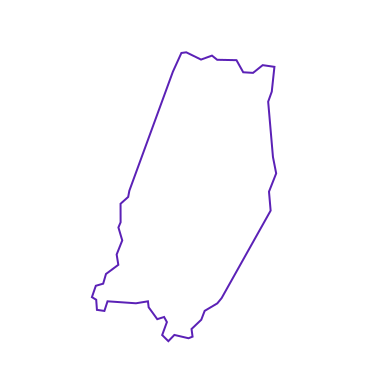 outline of Madison, Texas, United States of America, rotated 120°
{"feature_id": "52423323B16147855559492", "entity_name": "Madison", "entity_type": "district", "adm_level": 2, "iso_a3": "USA", "parent_name": "United States of America", "parent_adm1": "Texas", "projection": "natural_earth1", "projection_center": [-95.854, 30.959], "detail": "fine", "context": "isolated", "style": "outline", "palette": "violet", "viewbox_px": 384, "rotation_deg": 120, "n_neighbors": 0, "source": "geoboundaries", "source_scale": "gbopen_adm2", "svg_char_len": 753}
<svg xmlns="http://www.w3.org/2000/svg" viewBox="0 0 384 384"><g transform="rotate(120 192 192)"><path d="M269.1,113.3L168.8,114.6L153.2,125.5L133.8,128.4L121.2,139.4L75.7,171.2L65.2,173.1L42.4,183.2L46.8,194.2L58.3,198.7L62.7,207.5L55.6,219.4L64.9,236.3L63.9,242.9L72.8,250.4L73.9,266.8L76.9,270.7L97.4,268.7L222.2,246.9L228.2,244.8L237.9,248.0L253.9,238.7L259.5,238.0L268.8,228.2L283.8,226.0L291.9,219.4L306.0,225.5L315.8,223.1L321.3,228.4L333.1,226.1L333.2,221.1L341.6,215.4L338.8,208.4L328.9,210.5L316.4,184.9L308.7,175.5L313.5,171.9L319.5,158.5L314.2,153.7L317.2,148.7L330.8,146.3L333.0,137.9L324.6,135.8L320.4,121.9L317.0,119.2L310.9,123.9L298.0,120.1L288.6,121.6L275.8,114.4L269.1,113.3Z" fill="none" stroke="#5b21b6" stroke-width="2"/></g></svg>